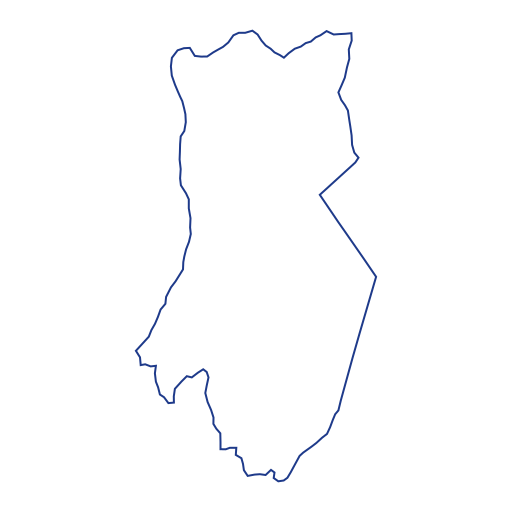 outline of Sapé, Paraíba, Brazil
{"feature_id": "56859067B23946406299674", "entity_name": "Sapé", "entity_type": "district", "adm_level": 2, "iso_a3": "BRA", "parent_name": "Brazil", "parent_adm1": "Paraíba", "projection": "equal_earth", "projection_center": [-35.211, -7.059], "detail": "fine", "context": "isolated", "style": "outline", "palette": "blue", "viewbox_px": 512, "rotation_deg": 0, "n_neighbors": 0, "source": "geoboundaries", "source_scale": "gbopen_adm2", "svg_char_len": 1999}
<svg xmlns="http://www.w3.org/2000/svg" viewBox="0 0 512 512"><path d="M294.8,48.7L288.7,53.2L283.9,57.7L279.9,55.1L274.5,52.4L270.6,48.7L265.7,45.5L261.5,40.6L257.6,34.5L252.4,30.7L245.2,32.8L238.8,32.8L233.4,35.3L228.3,42.5L223.0,46.9L218.1,49.6L213.2,52.4L207.2,56.5L201.0,56.6L194.8,55.9L189.8,47.9L183.9,48.2L177.6,50.3L171.9,57.8L170.9,66.4L171.8,75.6L175.0,84.7L177.9,91.6L180.1,96.6L182.3,101.2L184.1,108.3L185.4,114.2L185.8,122.2L184.3,131.0L180.7,136.4L180.1,144.2L179.9,152.0L179.6,159.5L180.7,169.1L180.1,178.4L180.9,185.3L186.0,193.3L188.8,199.3L188.8,208.4L190.5,218.2L190.1,227.5L190.8,234.0L189.0,241.8L186.1,249.3L184.3,256.5L183.3,262.1L183.0,269.4L175.5,281.4L171.0,287.3L166.1,296.9L165.4,303.8L160.6,309.5L157.9,317.0L155.0,323.8L151.4,330.1L148.8,336.7L135.9,350.8L140.0,357.3L140.7,365.1L145.2,364.3L150.7,366.4L155.9,365.8L154.9,373.3L155.9,381.7L158.1,387.3L159.9,394.5L164.0,397.2L168.4,403.1L173.9,402.6L173.8,396.3L174.9,388.8L181.4,381.6L186.8,376.2L191.8,377.4L197.9,372.7L203.2,369.3L206.7,372.0L208.5,377.4L206.8,385.2L205.3,393.0L207.6,402.0L211.1,410.0L213.5,417.5L213.4,423.9L216.3,428.7L220.3,433.3L220.5,442.1L220.5,449.2L225.7,449.3L229.8,447.8L236.3,447.8L235.8,454.9L241.4,458.2L243.0,463.9L243.9,470.2L247.7,475.9L254.5,474.6L259.9,474.2L265.6,475.0L271.0,469.9L274.5,472.5L273.7,478.0L278.3,481.3L283.7,480.5L287.4,477.8L290.7,472.3L293.4,467.3L295.9,462.7L299.6,455.9L303.2,452.6L307.4,449.6L311.2,446.9L316.3,443.0L322.1,437.7L327.0,433.9L330.1,427.2L332.7,420.2L335.2,414.2L338.4,410.4L340.8,400.5L352.6,357.7L359.8,332.6L376.1,276.8L364.1,259.2L346.2,233.4L338.5,222.4L319.8,194.8L355.3,162.5L358.5,157.7L354.3,152.6L352.1,144.9L351.6,135.4L350.3,126.4L349.3,120.1L347.9,110.5L345.0,105.3L341.2,99.9L338.4,92.4L341.7,85.0L344.8,77.7L347.0,67.3L349.3,58.9L348.8,49.4L351.7,40.6L351.4,33.2L345.2,33.8L339.2,34.1L333.7,34.5L326.6,31.1L320.4,35.3L315.7,37.4L310.8,41.6L305.7,43.1L300.8,46.6L294.8,48.7Z" fill="none" stroke="#1e3a8a" stroke-width="2"/></svg>